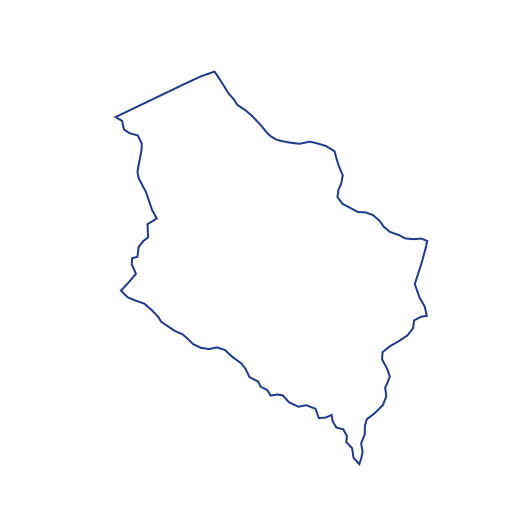 outline of Braúna, São Paulo, Brazil, rotated 291°
{"feature_id": "56859067B77471541506596", "entity_name": "Braúna", "entity_type": "district", "adm_level": 2, "iso_a3": "BRA", "parent_name": "Brazil", "parent_adm1": "São Paulo", "projection": "albers", "projection_center": [-50.346, -21.547], "detail": "fine", "context": "isolated", "style": "outline", "palette": "blue", "viewbox_px": 512, "rotation_deg": 291, "n_neighbors": 0, "source": "geoboundaries", "source_scale": "gbopen_adm2", "svg_char_len": 1733}
<svg xmlns="http://www.w3.org/2000/svg" viewBox="0 0 512 512"><g transform="rotate(291 256 256)"><path d="M383.8,281.7L383.1,273.5L382.1,265.4L376.3,256.3L374.0,247.1L372.6,239.2L371.9,233.4L373.1,226.7L375.3,221.4L378.2,216.6L381.5,210.3L385.3,202.2L388.3,193.8L390.4,184.3L394.1,179.5L398.0,171.9L403.3,165.1L408.0,158.8L413.3,151.2L404.2,140.4L389.1,125.8L335.4,75.1L334.1,82.6L326.8,87.4L325.3,94.1L326.2,102.4L320.1,109.0L313.8,111.2L297.9,114.0L291.9,115.3L286.4,118.8L276.0,130.6L261.6,142.6L255.4,149.9L246.8,143.3L234.7,148.6L229.6,145.4L222.5,143.2L212.8,145.6L209.5,141.1L203.7,143.0L196.3,150.3L185.3,146.4L175.3,142.3L171.4,151.1L171.2,160.2L171.5,168.9L168.3,177.6L164.4,186.1L160.6,191.2L157.0,206.7L156.5,215.7L153.8,223.0L151.2,228.9L150.5,237.6L152.3,245.5L156.7,252.4L157.1,260.7L153.3,270.2L150.5,280.6L146.9,286.7L140.5,293.4L139.6,302.9L135.6,307.3L134.9,314.6L130.9,319.7L134.3,325.4L135.5,331.1L131.3,339.1L130.5,349.6L134.7,356.3L134.7,366.3L127.2,372.8L130.2,379.1L134.7,383.5L129.3,386.7L124.7,392.4L125.5,399.5L120.5,405.4L114.6,407.0L111.0,414.6L102.5,419.4L98.7,427.1L105.4,426.7L111.4,425.7L118.5,421.4L128.7,421.4L136.4,418.5L143.2,417.9L151.5,423.0L162.1,427.9L171.8,427.9L179.3,423.8L185.7,424.2L191.4,424.1L197.8,418.8L204.6,410.8L211.6,408.6L220.2,413.7L227.4,419.6L235.9,425.7L244.7,428.5L252.6,426.7L258.3,431.7L261.3,436.9L269.2,431.7L275.6,423.8L286.7,414.3L309.0,413.1L322.9,411.7L331.4,410.5L331.5,404.2L328.0,396.6L325.9,389.2L326.7,382.3L326.5,372.5L329.1,364.8L333.0,359.0L336.2,350.5L335.9,342.3L333.6,335.7L334.8,325.8L335.6,318.1L340.3,310.9L347.8,309.2L354.0,309.6L362.3,308.1L369.5,301.3L375.7,296.3L381.9,291.8L383.8,281.7Z" fill="none" stroke="#1e3a8a" stroke-width="2"/></g></svg>